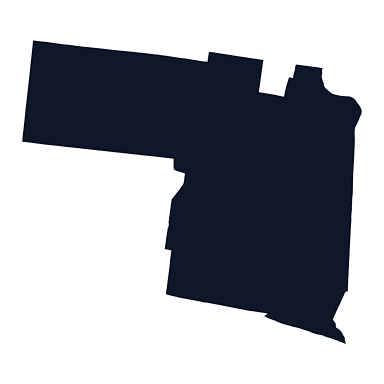 outline of Gangiova, Dolj, Romania
{"feature_id": "2599482B23662584271310", "entity_name": "Gangiova", "entity_type": "district", "adm_level": 2, "iso_a3": "ROU", "parent_name": "Romania", "parent_adm1": "Dolj", "projection": "mercator", "projection_center": [23.836, 43.895], "detail": "fine", "context": "isolated", "style": "filled", "palette": "ink", "viewbox_px": 384, "rotation_deg": 0, "n_neighbors": 0, "source": "geoboundaries", "source_scale": "gbopen_adm2", "svg_char_len": 5824}
<svg xmlns="http://www.w3.org/2000/svg" viewBox="0 0 384 384"><path d="M344.8,342.7L344.0,340.1L344.0,339.0L344.0,338.1L343.8,337.6L343.3,336.7L342.6,335.7L342.1,334.8L341.8,334.1L341.7,333.8L341.2,333.0L341.1,332.8L340.8,332.3L340.3,331.7L339.5,330.8L339.0,330.4L338.6,330.1L337.8,329.4L337.3,329.2L336.6,328.7L335.6,328.1L335.4,327.9L335.3,327.7L335.2,327.6L335.2,327.2L335.2,326.9L335.0,325.2L335.0,324.9L334.9,324.1L334.9,323.9L334.8,323.7L334.7,323.4L334.5,323.2L334.4,323.0L333.8,322.3L333.4,321.9L333.2,321.5L332.5,320.2L332.4,319.9L332.0,319.3L332.2,319.0L332.3,318.6L334.4,313.9L336.1,310.3L337.2,307.7L339.0,304.1L340.7,300.3L341.3,299.1L342.4,296.6L342.9,295.5L343.5,294.3L344.5,291.9L344.8,291.3L345.9,291.0L347.1,290.6L347.1,289.6L347.2,286.0L347.3,284.8L347.3,283.5L347.5,278.5L347.7,276.1L347.7,274.9L347.8,273.7L348.0,268.9L348.2,265.2L348.3,262.6L348.9,251.3L348.9,249.8L349.3,242.8L349.5,238.1L349.9,231.5L350.2,225.6L350.6,219.9L350.5,217.1L350.6,214.7L351.1,209.7L351.1,206.3L351.3,203.7L351.5,198.1L352.0,193.0L352.4,174.3L353.3,159.0L354.1,141.1L353.8,131.9L354.3,127.1L355.2,125.8L355.4,125.2L356.2,123.8L356.9,122.2L357.6,120.7L358.3,119.1L358.9,117.5L359.5,115.9L359.6,115.7L360.2,114.8L360.6,113.9L361.0,111.5L360.9,110.8L360.7,109.6L359.3,107.0L358.6,105.8L354.6,100.3L353.6,99.4L352.1,98.2L350.4,97.5L348.5,97.1L346.4,97.1L343.4,96.8L342.5,96.8L341.8,96.7L340.5,96.6L338.2,96.1L334.9,95.4L332.1,94.5L330.5,93.3L328.0,91.3L325.2,89.1L323.7,87.0L323.2,85.6L323.0,83.2L322.5,82.5L322.1,81.6L321.7,80.2L320.8,76.5L320.9,76.1L321.5,73.1L321.4,72.8L321.2,71.5L321.1,70.9L321.2,70.5L321.4,69.6L321.7,68.8L317.4,68.1L304.4,66.4L298.5,65.6L296.6,65.4L296.6,65.6L296.2,66.0L295.9,67.5L295.7,69.5L294.2,75.4L293.5,79.1L289.7,78.1L289.5,78.4L287.0,86.4L286.6,88.1L286.1,90.2L285.6,92.6L284.5,97.7L278.1,96.3L275.0,95.6L273.1,95.3L271.2,95.0L269.0,94.6L265.7,94.1L262.2,93.5L259.0,93.0L257.9,92.8L259.0,85.6L260.0,78.2L262.5,60.6L262.3,60.6L240.7,57.4L238.8,57.1L236.3,56.7L233.9,56.4L231.3,55.9L227.2,55.3L224.1,54.8L219.2,54.1L215.9,53.5L210.2,52.7L209.6,52.7L209.5,53.2L209.0,56.6L208.3,61.4L208.2,62.1L207.9,62.4L207.8,62.5L206.8,62.5L204.9,62.3L203.2,62.2L200.2,61.8L198.6,61.5L197.1,61.2L195.5,60.9L193.8,60.7L190.4,60.1L188.7,59.8L186.5,59.5L184.2,59.1L182.0,59.0L175.3,57.9L173.5,57.7L171.0,57.3L166.0,56.5L160.2,55.8L156.9,55.3L152.5,54.9L151.4,54.7L149.9,54.6L148.7,54.4L146.8,54.1L145.3,54.0L141.3,53.5L140.9,53.4L140.0,53.4L138.1,53.3L135.3,52.9L133.2,52.7L129.8,52.3L126.2,52.0L124.5,51.8L123.6,51.7L122.0,51.6L119.8,51.4L118.0,51.2L116.4,51.0L114.3,50.8L111.9,50.5L110.4,50.4L108.0,50.1L104.0,49.6L100.4,49.2L95.7,48.7L94.3,48.6L89.7,48.1L88.6,47.9L87.1,47.8L86.1,47.8L83.5,47.5L76.7,46.7L73.4,46.2L70.7,45.9L67.9,45.5L63.6,45.1L61.7,44.9L58.9,44.5L51.4,43.4L47.9,42.9L47.3,42.8L45.0,42.5L42.9,42.4L40.4,42.1L38.6,41.9L34.5,41.4L33.8,41.3L29.1,85.4L28.9,86.5L28.6,89.7L26.7,105.8L26.4,108.3L26.1,111.0L25.8,115.0L25.5,117.5L25.2,121.0L25.1,121.8L24.8,123.9L24.3,129.0L24.1,130.5L23.7,133.5L23.3,138.1L23.1,140.7L23.0,141.0L29.3,141.7L42.9,143.5L43.3,143.5L46.8,144.0L58.7,145.2L66.7,146.2L70.8,146.6L72.6,146.8L79.3,147.5L89.6,148.7L96.9,149.4L97.8,149.6L102.0,150.0L111.7,151.1L115.2,151.5L118.1,151.8L120.3,152.0L122.5,152.3L124.9,152.5L130.6,153.2L139.5,154.1L141.7,154.4L145.4,154.8L153.3,155.6L153.7,155.6L154.9,155.7L156.3,155.9L163.1,156.7L168.3,157.3L169.6,157.5L171.9,157.7L173.5,157.9L173.7,158.0L173.8,158.0L174.0,158.1L174.1,158.3L174.4,158.7L174.4,158.9L174.4,159.3L174.4,161.5L174.4,162.6L174.4,164.8L174.4,167.0L174.4,168.0L174.4,168.3L174.5,168.5L174.6,168.8L174.8,169.1L174.9,169.3L175.5,169.6L175.8,169.7L180.4,171.2L181.9,171.7L185.9,173.0L185.6,174.6L185.5,175.7L185.1,177.8L185.0,178.7L185.0,179.0L185.1,179.4L184.8,180.9L184.6,181.9L184.2,183.9L184.0,184.2L183.8,184.6L183.4,185.2L182.6,186.3L181.5,187.8L181.2,188.2L181.0,188.8L180.8,189.0L180.7,189.2L180.6,189.5L180.4,189.7L180.0,190.1L179.6,190.6L178.9,191.5L178.1,192.5L177.4,193.4L176.6,194.3L176.0,195.2L174.6,196.9L173.9,197.7L173.0,198.9L172.6,199.5L172.3,200.2L172.3,200.5L172.2,201.5L172.0,202.4L171.8,204.3L171.6,205.2L171.5,206.1L171.3,207.9L171.0,209.8L170.7,211.8L170.6,212.7L170.0,217.7L169.8,218.7L169.7,219.7L169.6,220.6L169.3,222.4L169.5,223.3L169.7,223.8L169.6,224.2L169.6,225.3L169.4,226.0L169.1,226.6L169.1,226.9L169.1,227.2L169.1,227.5L168.9,228.0L168.5,228.3L168.4,228.8L168.2,230.8L168.1,231.0L167.9,232.1L167.7,233.8L167.4,235.4L167.2,236.6L166.9,239.0L166.9,239.4L166.7,240.7L166.5,242.4L166.1,244.4L166.0,245.2L165.8,247.0L165.5,248.4L172.0,249.7L172.1,249.8L172.1,250.6L172.1,250.8L171.9,252.2L171.4,256.1L171.0,259.3L170.7,261.8L170.7,262.1L170.6,263.5L170.5,265.0L170.3,266.4L169.9,269.5L169.5,272.6L169.3,274.1L168.9,277.2L167.9,284.9L167.1,291.0L166.9,292.6L166.8,293.4L166.8,293.7L167.9,294.0L170.0,294.6L174.7,295.7L177.1,296.2L177.6,296.4L177.9,296.5L178.1,296.6L179.2,296.8L181.3,297.2L185.7,298.0L190.0,298.8L194.1,299.6L196.1,300.0L198.0,300.3L201.7,301.0L202.2,301.2L203.2,301.5L204.5,301.7L204.9,301.5L208.8,302.2L210.8,302.6L214.6,303.3L218.3,304.0L224.5,305.2L228.0,305.9L231.1,306.5L231.5,306.6L232.7,306.8L242.4,308.7L245.4,309.3L249.7,310.1L251.1,310.2L252.6,310.4L261.6,311.8L266.0,312.4L269.0,312.9L269.3,313.0L268.9,313.4L266.6,315.4L266.3,315.7L265.7,316.1L267.4,316.9L269.5,317.8L271.8,318.7L274.9,319.8L276.4,320.5L280.4,322.2L281.3,322.5L282.3,322.8L283.2,323.2L286.3,324.0L287.7,324.4L288.2,324.5L288.7,324.5L289.2,324.8L292.5,325.7L293.5,326.1L294.0,326.2L295.3,326.4L296.4,326.7L300.2,327.7L304.6,329.2L308.4,330.4L311.1,331.4L311.6,331.8L314.1,332.6L316.7,333.4L318.2,333.8L320.2,334.0L322.5,334.6L323.3,334.8L324.7,335.6L325.7,335.9L326.9,336.3L328.3,336.7L331.0,337.5L332.4,338.0L333.1,338.2L344.8,342.7Z" fill="#0f172a" stroke="#020617" stroke-width="1.5"/></svg>